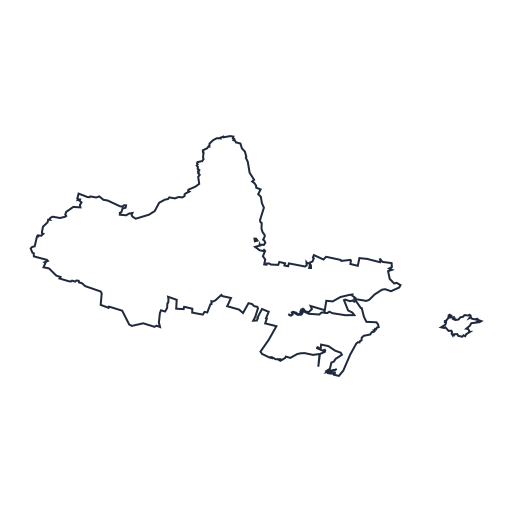 the district of Rush-Lusk Lea-5, Fingal, Ireland
{"feature_id": "5873133B50398048682629", "entity_name": "Rush-Lusk Lea-5", "entity_type": "district", "adm_level": 2, "iso_a3": "IRL", "parent_name": "Ireland", "parent_adm1": "Fingal", "projection": "natural_earth1", "projection_center": [-6.207, 53.544], "detail": "fine", "context": "isolated", "style": "outline", "palette": "slate", "viewbox_px": 512, "rotation_deg": 0, "n_neighbors": 0, "source": "geoboundaries", "source_scale": "gbopen_adm2", "svg_char_len": 6060}
<svg xmlns="http://www.w3.org/2000/svg" viewBox="0 0 512 512"><path d="M131.9,325.9L143.2,323.3L154.5,326.8L156.6,325.7L160.0,327.0L158.9,322.5L159.9,313.1L161.0,310.3L165.1,311.5L167.1,308.0L167.4,303.3L168.2,302.6L168.5,299.7L168.1,296.8L176.7,299.8L176.2,308.7L183.6,309.1L184.1,306.9L185.1,307.0L192.3,308.7L192.2,312.6L202.8,314.6L204.5,311.9L207.3,312.4L210.4,304.3L211.5,304.0L211.4,301.2L212.8,301.6L215.5,300.3L221.4,294.9L222.3,296.1L231.0,298.0L227.2,306.2L239.1,309.6L243.0,313.0L248.5,303.2L251.9,304.0L254.3,306.2L257.2,306.8L258.0,308.1L255.3,316.8L253.2,320.7L256.8,320.5L257.9,318.2L257.4,317.8L262.0,309.0L268.7,311.8L266.0,318.3L266.8,318.6L265.2,323.4L276.4,326.2L268.8,339.7L260.5,351.6L262.0,353.9L269.4,357.5L272.0,358.1L272.0,357.4L269.6,357.2L271.7,357.2L273.7,358.1L275.4,359.2L280.5,359.2L280.7,359.8L279.5,360.3L280.4,360.8L285.1,358.0L285.9,356.6L290.3,357.9L297.1,354.1L300.5,353.3L304.6,353.1L313.0,354.9L318.8,354.1L319.5,354.5L318.3,366.7L319.9,354.0L324.8,351.9L325.2,350.8L324.8,349.8L322.6,350.6L316.3,347.9L317.7,348.0L317.1,346.7L320.6,349.4L321.1,344.6L328.4,346.1L335.0,350.6L340.7,352.7L341.9,354.8L335.6,358.9L333.9,361.5L331.4,362.6L329.9,368.8L326.3,371.1L326.9,371.5L326.4,372.1L333.5,369.9L334.5,370.2L336.7,368.9L334.8,370.3L330.0,371.6L332.3,371.5L327.7,372.6L327.8,373.1L330.8,373.6L335.8,372.5L333.3,373.7L334.6,373.9L333.1,373.9L333.8,374.7L338.9,375.9L343.3,370.6L350.2,354.6L356.2,343.7L357.7,342.3L359.5,342.4L359.9,341.2L361.5,340.4L361.7,337.7L363.7,335.8L370.2,334.5L371.7,332.2L373.7,331.8L373.6,330.4L374.7,330.8L375.1,328.9L376.1,329.3L376.9,327.6L378.7,327.1L378.0,324.3L376.4,322.3L366.4,321.8L363.9,316.7L361.8,308.3L360.9,308.1L355.5,300.4L354.3,301.7L352.5,300.6L349.9,301.2L345.2,299.6L344.0,300.2L348.1,310.4L352.4,312.6L354.3,315.1L345.1,315.2L332.5,313.2L329.3,311.7L327.4,313.0L325.3,313.0L324.7,312.8L324.5,310.9L324.1,312.5L321.4,312.6L319.3,314.5L308.8,313.8L303.4,311.3L301.5,314.6L297.8,314.9L293.1,312.1L292.2,312.6L292.7,314.4L291.2,315.6L290.1,315.5L288.3,314.2L291.0,315.5L292.4,313.9L291.8,312.4L293.1,311.8L296.1,312.7L297.8,314.2L300.9,313.9L302.2,311.0L301.5,311.7L300.5,312.2L300.9,312.6L300.5,312.4L300.5,311.5L303.4,310.3L303.0,309.3L301.9,310.5L301.9,309.6L301.1,310.1L301.3,309.5L302.8,309.2L302.1,308.5L303.7,309.2L304.0,308.6L303.8,309.8L305.6,311.4L308.6,312.2L311.9,309.1L310.6,306.0L324.8,310.2L326.3,300.8L332.7,301.4L340.5,297.0L349.9,294.8L352.3,294.5L351.9,295.4L355.2,297.8L354.3,298.9L366.3,300.9L369.2,299.8L374.7,294.4L382.0,289.7L385.1,289.2L391.0,291.2L399.2,287.5L400.5,285.1L396.6,282.8L394.2,283.5L389.7,278.9L388.1,271.1L392.0,269.8L389.2,268.5L391.9,267.0L391.6,263.1L382.5,261.9L379.6,258.5L380.4,260.2L380.0,262.2L367.1,258.9L359.4,258.1L357.8,265.8L350.4,264.0L350.9,260.5L350.4,259.9L341.3,260.9L340.6,259.9L326.1,256.8L323.5,259.5L313.9,255.1L312.9,257.6L313.8,258.4L312.5,261.5L309.6,262.7L309.9,263.6L307.4,263.3L306.5,262.2L306.6,265.5L305.0,266.5L288.9,263.4L288.1,266.2L285.2,265.7L284.4,265.4L285.1,263.3L279.3,262.0L278.2,264.9L270.7,264.5L269.4,263.5L266.6,263.5L266.4,264.7L264.2,264.4L265.2,259.5L262.9,256.3L265.1,250.9L264.1,249.9L263.2,251.0L259.7,250.3L255.1,246.9L259.3,245.7L259.7,244.2L260.2,245.5L262.2,244.6L263.8,245.0L265.3,242.8L264.3,240.5L263.1,239.7L264.7,236.6L264.7,235.1L262.4,231.8L261.5,228.5L261.7,223.0L260.5,222.2L260.0,220.2L263.9,207.7L261.9,203.1L260.8,196.7L258.2,194.2L260.6,189.4L256.2,187.7L256.1,185.7L254.5,183.2L252.2,181.5L254.1,179.8L249.6,172.7L247.8,161.9L245.8,157.6L246.3,156.7L244.9,151.6L241.9,148.4L240.4,143.5L235.9,142.4L234.9,140.4L233.5,140.2L234.1,138.9L232.9,138.5L233.4,136.6L230.2,136.1L223.5,137.3L223.3,136.6L220.0,137.9L220.3,138.4L216.9,138.2L213.2,140.1L209.5,143.6L209.4,146.6L208.6,146.3L207.1,148.3L202.8,150.3L203.0,152.3L203.6,152.4L203.0,157.5L203.6,159.0L202.2,161.1L197.5,162.1L197.0,163.3L197.7,164.2L196.7,165.7L197.9,166.8L197.7,168.6L199.0,169.8L198.3,170.1L198.9,170.9L198.0,171.7L198.7,172.7L198.2,173.2L199.7,174.9L198.2,176.8L199.2,183.9L195.3,186.7L188.4,189.7L188.2,191.0L189.3,191.6L185.5,193.5L184.6,194.3L184.6,196.0L182.5,197.4L178.7,197.0L174.9,198.4L169.3,197.4L168.0,199.0L164.8,199.7L159.2,202.7L154.7,211.1L149.0,214.7L135.7,218.7L132.3,216.5L131.6,214.6L132.4,213.0L128.9,213.6L126.2,215.3L119.8,214.7L119.9,212.8L121.3,212.3L122.6,208.5L125.6,207.7L126.1,205.4L124.2,205.2L122.2,206.6L120.1,206.3L107.6,200.5L103.4,199.8L99.3,196.4L96.2,197.5L90.3,196.4L89.6,197.2L87.6,197.1L78.6,193.6L77.3,198.5L78.4,199.0L77.8,200.0L80.0,199.6L79.6,200.8L81.5,202.4L79.9,205.0L80.4,207.4L73.3,206.9L66.2,211.9L65.3,214.4L66.2,216.0L65.3,216.7L60.0,218.0L52.6,216.7L50.5,217.8L49.3,219.3L49.8,219.8L48.2,219.7L47.6,222.3L43.0,226.7L41.9,232.2L42.1,233.3L43.3,233.8L41.3,235.7L38.0,235.4L38.1,236.5L37.0,236.4L34.7,246.3L32.0,247.0L30.7,248.5L32.4,252.7L33.7,253.2L33.9,256.4L47.0,259.9L47.9,260.9L44.5,262.3L45.4,263.0L43.5,267.3L49.0,268.4L56.3,275.6L60.5,277.0L59.5,278.5L68.6,281.2L70.9,281.5L72.0,280.6L75.1,281.6L76.4,280.5L78.7,280.8L79.0,282.4L82.1,283.3L85.1,286.1L100.7,291.5L101.7,293.4L100.7,304.9L108.5,307.8L108.7,306.7L109.7,306.8L122.2,310.7L129.2,324.5L131.9,325.9ZM254.5,238.6L256.2,238.7L257.5,240.6L254.9,241.3L254.5,238.6ZM309.2,268.0L309.8,265.4L310.9,265.4L311.0,268.0L309.2,268.0ZM453.1,318.6L453.6,317.2L449.4,317.6L451.2,315.6L449.7,314.7L448.7,315.3L448.3,318.0L446.3,320.5L444.1,321.4L445.7,320.9L445.9,322.2L443.9,321.9L446.0,322.4L445.4,324.6L441.1,327.3L444.3,328.0L445.4,327.3L448.6,330.9L451.4,330.7L452.0,332.1L451.6,333.5L452.7,335.3L452.9,334.5L453.9,335.1L454.0,334.3L457.3,334.1L458.3,335.9L462.3,336.7L463.5,335.3L465.2,336.2L466.1,334.3L469.9,331.9L469.2,331.9L469.6,331.5L468.1,329.0L466.3,328.7L469.8,325.8L471.3,323.2L477.0,322.5L476.8,321.5L479.2,322.3L481.3,321.1L478.0,319.9L477.4,318.8L474.6,319.3L471.9,318.7L470.7,317.5L469.4,318.1L470.8,316.1L469.7,314.8L468.1,315.5L464.5,315.1L463.0,316.8L460.4,317.3L458.5,319.5L455.5,320.0L454.0,319.4L454.5,318.6L453.1,318.6Z" fill="none" stroke="#1e293b" stroke-width="2"/></svg>